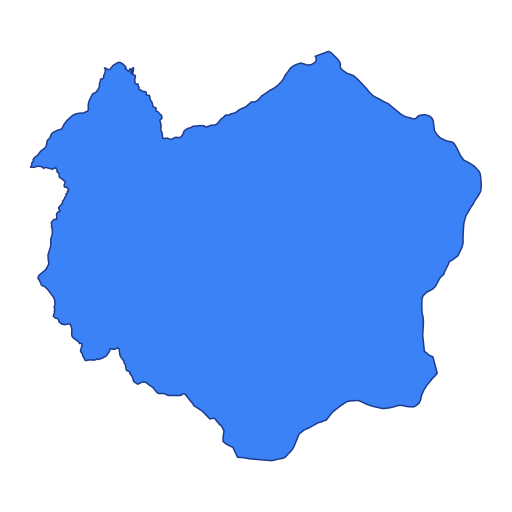 the district of La Cruz, Nariño, Colombia
{"feature_id": "7082276B65589798073625", "entity_name": "La Cruz", "entity_type": "district", "adm_level": 2, "iso_a3": "COL", "parent_name": "Colombia", "parent_adm1": "Nariño", "projection": "orthographic", "projection_center": [-76.964, 1.581], "detail": "fine", "context": "isolated", "style": "filled", "palette": "blue", "viewbox_px": 512, "rotation_deg": 0, "n_neighbors": 0, "source": "geoboundaries", "source_scale": "gbopen_adm2", "svg_char_len": 5864}
<svg xmlns="http://www.w3.org/2000/svg" viewBox="0 0 512 512"><path d="M315.3,56.3L316.4,59.5L315.7,61.6L314.4,62.8L311.0,64.8L307.4,65.0L300.9,63.0L296.5,64.4L293.5,65.8L290.9,67.8L289.6,69.2L287.6,72.3L285.2,75.1L283.8,78.4L281.5,81.5L278.6,84.6L274.7,87.7L269.7,90.5L265.2,93.7L261.8,95.8L257.8,100.3L254.9,101.9L251.2,102.0L245.6,107.0L240.2,109.2L238.3,110.3L237.3,111.5L235.5,112.5L233.9,113.2L230.6,113.9L229.0,115.1L226.1,115.1L224.7,115.7L223.2,117.7L221.0,119.0L217.9,123.1L215.9,124.6L213.4,125.3L211.2,125.2L208.4,126.4L207.5,126.4L206.6,127.2L205.3,126.8L204.5,125.9L201.1,125.6L198.4,125.7L196.2,126.2L194.2,126.0L192.8,126.4L190.6,127.7L187.6,128.5L184.2,130.8L182.9,134.4L180.8,137.1L179.2,137.6L175.5,137.3L171.1,139.4L170.1,139.3L167.6,138.1L165.2,138.4L162.7,138.3L162.0,132.4L161.2,131.3L160.9,130.1L160.8,128.4L161.2,125.2L160.7,124.4L160.5,122.5L159.9,120.7L160.0,120.0L162.0,118.4L161.6,115.6L161.3,115.1L159.4,113.7L158.5,112.2L156.4,111.1L156.1,110.7L156.0,107.9L153.3,106.9L152.7,105.3L152.2,102.7L150.2,99.7L149.6,95.8L148.9,95.3L146.5,95.0L146.1,94.5L146.3,92.5L145.8,91.8L144.8,91.5L142.5,91.4L140.8,90.0L140.1,89.9L138.8,89.1L138.7,88.8L139.1,87.3L138.3,86.4L138.1,84.3L137.6,84.0L135.9,83.8L135.0,83.1L134.8,79.1L135.4,76.7L135.3,75.7L134.6,75.1L133.2,74.8L132.6,74.0L133.3,71.0L133.5,68.0L133.0,67.8L132.3,68.3L132.2,72.4L131.8,73.5L131.4,73.6L131.0,72.8L131.4,70.2L130.3,68.8L129.7,69.1L128.8,71.2L127.0,70.3L126.9,69.7L126.1,69.0L126.0,68.1L125.4,68.3L125.7,66.8L123.6,64.6L121.0,62.8L119.1,62.3L117.9,62.5L113.1,65.4L110.4,68.9L109.4,69.6L107.5,69.5L106.5,68.4L104.7,68.0L105.3,69.7L105.2,71.8L104.8,73.5L103.7,75.4L103.6,77.5L103.1,78.5L101.2,78.9L100.5,79.5L100.3,81.7L99.5,83.4L99.4,86.3L98.3,89.1L96.0,92.2L94.9,92.9L93.3,93.4L92.7,93.9L89.4,100.2L88.5,103.0L88.2,105.6L88.3,110.0L87.7,111.1L83.2,113.0L82.2,113.2L80.5,113.0L75.4,114.0L72.5,115.5L67.1,120.3L64.2,124.1L61.5,129.3L59.6,129.5L56.0,130.9L52.8,132.7L52.1,133.4L51.1,134.6L50.0,137.8L47.3,140.5L46.1,146.4L44.6,148.2L40.8,151.0L37.8,155.1L34.6,157.5L33.7,158.6L33.1,159.8L33.3,161.3L31.8,163.0L31.7,164.9L30.7,167.2L34.2,167.3L37.4,166.3L40.0,166.3L41.8,166.8L43.7,168.4L45.0,167.5L45.8,167.4L52.6,169.3L53.0,168.7L53.8,168.2L56.0,168.0L56.1,168.7L57.1,169.7L56.9,171.2L57.1,171.9L59.1,173.6L59.1,176.5L59.4,177.2L61.3,178.7L62.3,178.8L63.3,180.3L65.0,181.4L65.1,182.4L64.1,185.3L64.5,186.9L64.8,187.1L66.9,187.4L68.6,189.7L68.2,191.0L67.4,191.1L67.5,192.7L66.0,194.1L66.0,195.7L64.7,197.6L64.1,199.4L62.7,201.1L62.2,203.5L58.6,207.6L58.7,208.9L59.9,210.4L60.1,211.0L57.8,212.2L56.7,213.6L56.5,214.9L56.8,217.1L56.3,219.5L54.1,219.4L53.7,219.6L51.7,222.0L51.3,222.9L51.6,224.6L51.6,227.4L52.3,229.1L52.3,233.5L52.0,235.4L50.8,238.7L50.7,246.1L48.0,254.8L48.2,259.5L48.9,263.8L46.2,268.9L44.9,270.5L40.4,274.0L38.5,275.9L38.0,278.5L39.4,279.7L39.4,280.8L40.6,282.6L41.3,284.9L41.6,285.3L44.9,286.8L48.0,289.8L53.6,297.4L54.5,299.4L54.8,300.3L54.7,301.7L55.0,304.6L54.1,307.2L54.9,309.6L54.4,310.5L54.5,312.4L53.7,314.7L53.4,316.4L54.1,316.8L55.6,318.2L57.4,318.6L58.1,319.0L58.5,319.7L58.7,320.9L59.6,322.4L62.0,324.2L65.1,324.7L68.1,323.9L70.0,324.1L71.6,327.6L71.8,330.2L71.7,334.5L72.2,336.7L73.9,338.4L78.5,341.7L79.4,343.5L79.6,343.6L81.2,343.3L82.1,343.9L82.0,345.4L81.5,346.5L81.3,348.2L80.6,349.9L80.6,351.5L82.4,353.9L82.8,356.2L84.0,357.8L84.8,359.9L85.6,360.6L89.5,359.9L94.3,360.1L95.9,359.6L96.7,358.9L97.9,359.4L100.1,359.0L103.8,357.4L106.4,355.8L109.2,351.8L110.3,348.7L112.4,349.2L114.6,349.3L118.2,347.8L119.1,349.1L119.7,353.6L120.3,356.2L123.8,361.0L124.3,363.2L125.3,364.6L126.2,369.8L127.0,370.7L129.8,371.8L130.1,372.6L129.8,373.5L131.8,376.0L132.5,377.6L133.3,379.4L133.4,381.2L137.5,384.1L138.0,384.1L141.2,382.5L142.6,382.1L144.7,382.0L146.0,382.4L148.8,384.8L152.6,387.2L156.8,392.3L158.5,393.5L163.4,393.5L165.0,393.9L167.7,395.3L169.6,395.5L180.0,395.5L181.4,395.2L182.2,394.2L183.0,393.8L184.8,394.0L185.6,394.7L190.4,401.0L192.5,403.2L193.8,405.6L201.9,410.8L209.9,418.9L213.6,418.3L214.6,418.5L215.3,419.1L216.8,421.3L218.7,423.1L219.5,424.6L221.1,425.4L223.4,429.5L224.0,431.0L223.1,437.3L223.0,440.0L223.2,441.4L223.8,442.1L226.1,444.0L233.0,447.5L237.5,457.2L244.1,457.8L249.3,458.8L270.9,460.6L272.8,460.5L277.6,459.2L281.9,458.5L284.4,457.7L285.9,456.6L287.4,454.7L291.2,450.8L292.6,449.0L294.1,446.3L299.0,434.2L299.6,433.6L304.4,429.8L308.4,428.2L318.2,422.7L321.8,421.8L323.7,420.8L326.0,420.3L331.3,413.6L333.4,411.4L340.4,405.9L346.9,401.6L351.2,400.8L355.4,400.7L357.6,400.4L360.4,401.3L366.3,404.1L372.6,406.3L382.7,408.6L389.3,407.9L394.3,406.7L398.0,405.5L402.2,405.4L405.5,406.3L408.2,406.7L413.6,406.9L415.9,405.8L419.2,403.0L420.7,399.6L421.4,395.7L424.0,389.8L426.9,385.2L432.3,378.6L435.6,375.3L437.2,373.0L432.9,356.9L428.8,355.0L426.8,353.1L424.4,351.4L422.7,335.3L423.4,324.0L423.4,319.9L422.8,315.7L422.1,313.6L421.8,305.9L421.9,299.4L423.0,295.8L427.1,291.9L428.3,291.5L432.6,289.1L435.5,286.2L440.1,277.7L443.8,274.2L444.9,271.1L448.4,264.2L449.3,261.7L452.6,259.8L457.8,255.8L458.4,254.7L461.8,247.8L463.1,243.0L463.0,238.8L463.4,229.0L463.9,223.0L465.8,216.0L471.4,206.3L473.0,204.5L474.3,201.5L478.2,195.9L480.7,191.2L481.3,185.6L480.8,178.1L480.2,173.9L479.2,171.5L474.6,166.5L472.0,164.6L467.9,162.2L463.9,160.2L460.4,155.5L456.7,147.7L453.9,143.2L452.2,142.1L446.3,140.8L440.4,138.0L436.9,134.6L434.4,130.4L433.2,120.4L431.5,117.7L429.4,116.0L424.9,114.6L421.2,115.1L419.6,115.4L418.0,116.2L416.2,118.2L414.3,118.8L413.0,118.9L411.2,118.1L405.8,116.8L403.6,115.8L400.7,114.0L388.6,104.0L382.6,101.0L378.4,98.5L375.5,97.2L372.3,95.2L370.8,93.4L369.7,92.7L367.2,89.4L362.1,83.9L358.3,79.9L355.5,77.4L353.7,75.8L350.8,74.5L347.1,73.4L341.8,69.6L340.7,68.1L340.1,66.2L340.5,64.6L339.7,61.9L337.2,58.7L331.4,53.0L329.9,51.9L328.4,51.4L315.3,56.3Z" fill="#3b82f6" stroke="#1e3a8a" stroke-width="1.5"/></svg>